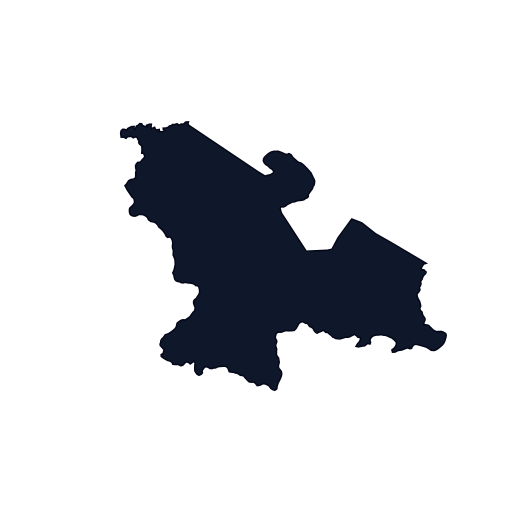 outline of Umburanas, Bahia, Brazil, rotated 235°
{"feature_id": "56859067B72375205404431", "entity_name": "Umburanas", "entity_type": "district", "adm_level": 2, "iso_a3": "BRA", "parent_name": "Brazil", "parent_adm1": "Bahia", "projection": "natural_earth1", "projection_center": [-41.256, -10.567], "detail": "fine", "context": "isolated", "style": "filled", "palette": "ink", "viewbox_px": 512, "rotation_deg": 235, "n_neighbors": 0, "source": "geoboundaries", "source_scale": "gbopen_adm2", "svg_char_len": 6135}
<svg xmlns="http://www.w3.org/2000/svg" viewBox="0 0 512 512"><g transform="rotate(235 256 256)"><path d="M233.4,126.7L232.0,127.2L230.9,125.7L229.5,124.2L229.6,121.7L228.1,120.8L225.8,121.5L224.0,122.3L221.3,123.6L219.0,125.5L216.8,126.2L215.1,125.7L213.5,127.5L211.7,130.1L209.1,131.5L208.5,133.5L208.9,135.3L209.4,138.0L207.6,139.7L205.3,140.2L205.4,144.9L203.4,144.8L201.5,143.2L200.0,142.0L198.2,140.8L196.6,139.9L192.9,139.9L191.0,140.9L190.5,143.2L191.0,145.1L193.0,146.1L194.1,148.9L194.4,151.0L192.5,152.9L190.4,153.7L189.2,155.0L188.5,157.1L187.5,158.7L187.2,161.1L186.1,163.2L184.6,165.7L183.3,167.6L181.9,168.4L180.4,168.7L176.5,167.7L173.3,171.1L171.6,172.3L170.5,173.5L168.9,174.2L167.3,174.7L166.1,176.1L164.6,177.2L162.6,177.2L158.8,177.8L156.8,178.2L155.2,179.9L154.1,181.8L151.9,182.5L149.1,182.6L147.9,185.1L147.4,188.4L145.8,190.3L143.6,191.5L142.1,192.2L138.8,192.3L137.0,193.0L135.2,194.4L135.2,196.8L137.1,198.5L139.1,201.0L140.4,203.4L141.8,206.0L143.3,208.1L144.7,209.5L146.8,210.5L149.0,210.5L150.5,210.2L152.5,210.8L154.2,212.4L155.5,214.0L159.6,216.0L161.7,215.8L163.7,216.3L165.0,217.3L166.5,218.3L167.9,219.6L169.5,220.0L171.6,220.8L173.9,223.9L175.5,224.6L177.3,224.5L178.9,225.7L180.9,228.1L181.0,230.1L180.2,231.4L179.0,233.1L178.5,235.5L177.7,237.7L176.2,239.6L174.7,241.8L173.1,244.6L173.7,247.4L175.0,250.2L176.1,252.3L176.2,254.4L175.5,256.6L173.9,257.3L172.4,258.1L171.3,259.5L169.3,259.5L167.4,259.5L166.0,260.5L163.9,261.2L161.3,260.8L159.0,261.1L157.7,261.8L157.5,263.8L156.9,266.0L156.6,268.3L155.2,269.1L153.6,269.2L152.1,270.9L149.8,271.4L147.7,272.1L145.7,272.3L144.3,273.2L142.7,274.0L141.5,275.3L139.8,277.4L138.1,282.7L136.6,284.8L136.0,286.6L135.7,289.4L135.2,291.8L133.0,292.6L131.1,292.8L129.3,294.6L127.8,293.8L126.5,291.5L125.8,288.7L124.6,286.1L122.8,287.7L121.1,291.7L120.1,293.4L120.2,295.1L120.3,297.2L118.5,298.9L119.5,300.3L121.7,301.0L122.9,302.9L123.4,305.2L123.1,307.1L122.2,309.3L121.3,310.6L120.4,312.2L119.5,313.7L118.1,314.9L117.1,316.2L115.4,317.6L112.9,319.0L111.1,320.2L108.0,321.1L104.9,321.5L103.5,320.6L102.1,318.8L101.2,316.1L101.2,313.5L98.9,312.6L97.5,314.9L97.2,317.7L96.2,320.0L95.4,321.4L94.7,324.3L94.0,327.2L91.8,328.9L91.1,330.4L92.3,332.4L92.7,335.0L91.7,336.6L89.6,338.5L86.3,341.2L84.0,343.0L82.1,344.0L80.2,344.8L78.3,345.4L76.4,347.7L75.9,349.4L75.7,351.7L76.0,355.6L76.3,357.9L76.8,359.5L77.8,361.5L78.9,362.9L80.1,364.5L81.9,366.3L83.6,366.9L86.6,365.6L88.1,364.3L90.7,360.3L92.2,359.4L94.1,358.6L96.3,358.3L97.9,357.9L100.2,357.6L102.5,355.4L104.0,354.1L105.4,355.8L106.2,357.2L107.4,358.4L109.0,358.7L111.2,358.6L113.5,359.2L114.9,359.9L117.0,359.4L119.0,359.9L120.4,362.1L122.2,363.0L125.0,364.0L127.5,364.2L130.2,364.8L132.5,366.0L133.2,368.8L134.3,371.0L136.4,371.6L137.5,373.9L138.5,375.2L139.9,375.7L141.0,376.8L141.8,378.9L143.2,380.6L144.0,382.7L144.2,384.7L145.3,386.2L146.7,385.8L148.2,385.7L149.6,384.1L151.2,384.2L152.3,386.4L153.2,388.8L152.4,391.2L187.3,375.4L205.7,366.7L222.4,361.7L231.4,355.7L223.9,333.7L218.0,322.2L219.6,318.1L231.1,299.9L268.1,301.2L275.8,301.4L277.8,301.8L280.0,302.7L281.4,303.1L281.9,304.7L280.4,306.7L280.0,308.6L280.2,311.3L279.7,314.2L279.4,316.8L278.3,318.4L277.6,321.4L276.5,323.5L275.4,325.4L274.6,327.5L274.7,329.5L274.3,331.1L274.6,332.9L276.3,333.9L277.8,338.0L278.8,340.8L280.1,342.5L280.8,344.2L282.2,345.8L284.0,347.2L285.7,347.6L288.5,348.0L292.5,348.7L298.5,348.0L302.6,347.3L305.3,346.6L306.8,345.9L308.1,344.8L309.7,344.1L313.3,343.3L315.1,342.8L316.9,342.8L319.0,342.8L321.0,341.7L321.4,339.6L322.7,338.4L326.2,336.3L328.0,335.0L329.2,334.2L331.7,330.3L332.5,328.0L332.7,326.1L332.7,323.8L332.0,319.4L331.1,317.8L329.8,316.6L327.9,316.2L325.3,316.4L323.3,317.4L321.7,317.7L319.9,318.0L318.1,318.9L315.5,319.2L314.1,317.9L314.2,315.8L314.6,313.7L315.7,311.3L316.3,309.3L323.3,306.2L327.7,304.5L401.5,276.0L403.1,275.8L404.6,277.6L406.1,275.2L405.6,272.3L407.0,270.4L407.3,268.1L409.6,267.2L410.5,264.5L411.6,263.1L411.4,261.2L412.2,259.7L411.8,258.0L412.6,255.4L414.0,253.3L412.5,252.5L410.8,253.3L411.1,251.3L412.0,249.9L413.4,248.3L415.2,249.3L416.2,246.9L417.7,246.4L419.6,246.8L420.0,245.1L420.1,243.2L422.1,244.2L424.0,245.9L425.1,244.3L425.9,241.3L424.3,240.8L426.0,239.2L428.1,237.9L430.0,238.2L431.1,236.7L430.7,234.6L431.0,232.8L429.1,229.4L430.5,228.8L431.9,230.6L433.3,228.5L433.8,226.2L434.0,224.1L433.4,222.2L435.3,220.8L436.3,219.4L436.0,217.4L434.2,215.5L430.7,213.7L429.5,215.4L428.3,216.3L426.9,217.0L427.4,219.2L425.5,222.5L423.2,223.2L422.8,225.5L421.1,226.7L419.1,226.1L417.6,226.3L416.1,224.9L414.1,224.8L411.9,225.6L409.2,224.1L407.5,222.8L405.7,221.3L404.6,222.9L402.9,222.4L400.9,221.7L400.0,217.4L399.2,215.3L400.5,212.8L400.2,211.1L399.1,209.1L397.0,207.9L394.9,207.1L393.5,205.4L391.3,203.9L389.3,202.4L389.1,200.0L390.5,197.2L390.7,194.8L389.2,191.1L388.8,189.0L383.6,188.4L375.3,188.3L373.3,189.0L371.1,188.1L369.7,187.3L368.8,186.0L368.2,184.0L368.0,182.3L367.6,179.9L366.1,178.5L364.7,177.6L362.6,176.8L360.9,177.1L359.0,178.4L357.8,180.2L357.4,181.9L357.2,184.0L355.0,186.8L353.7,187.8L351.7,188.7L349.7,189.2L347.4,188.7L344.7,189.6L343.2,191.1L341.5,192.5L339.6,193.0L337.7,193.3L335.6,193.0L333.1,193.7L331.1,194.2L328.8,194.3L326.6,194.3L325.1,194.1L323.7,193.8L321.9,194.3L321.1,196.4L319.1,196.9L316.8,196.4L314.4,195.3L312.6,193.7L310.6,192.3L308.0,191.5L305.8,189.9L304.4,188.7L301.9,188.2L299.4,187.5L295.4,185.0L292.6,182.0L291.1,180.2L289.9,178.1L287.6,177.8L285.2,176.7L283.2,176.1L281.5,176.3L280.1,177.2L278.6,178.7L277.1,179.4L275.7,180.9L274.9,183.1L273.4,184.4L272.3,185.6L271.3,186.9L269.7,188.4L267.8,189.4L266.4,189.6L265.1,191.2L263.3,191.4L261.3,190.6L258.8,189.2L257.3,187.2L256.4,184.7L255.5,183.0L255.5,180.6L254.7,178.9L253.1,177.8L251.0,177.1L248.8,176.7L246.3,174.4L246.0,172.1L245.0,169.3L244.2,167.3L244.1,165.4L244.2,161.4L245.9,159.2L246.4,157.1L246.4,154.8L246.3,153.0L245.1,151.6L243.8,150.2L242.9,148.3L242.7,146.4L242.5,144.6L242.5,140.6L242.9,138.4L243.5,136.6L242.3,133.1L242.1,131.2L241.3,129.6L239.9,128.4L238.8,126.8L237.3,126.2L235.3,126.6L233.4,126.7Z" fill="#0f172a" stroke="#020617" stroke-width="1.5"/></g></svg>